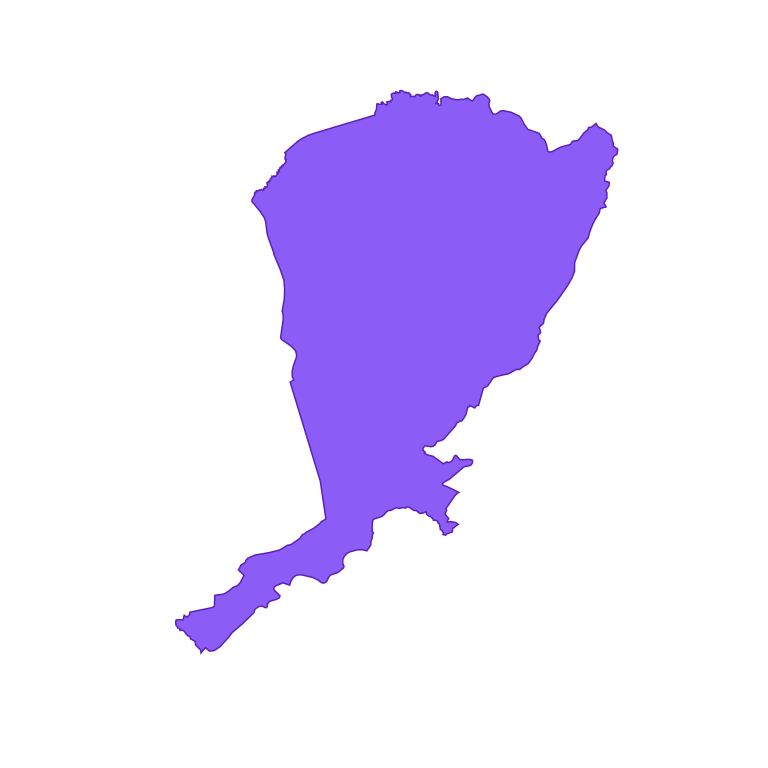 the district of Tron, Uttaradit, Thailand, rotated 284°
{"feature_id": "78962969B58085194309258", "entity_name": "Tron", "entity_type": "district", "adm_level": 2, "iso_a3": "THA", "parent_name": "Thailand", "parent_adm1": "Uttaradit", "projection": "robinson", "projection_center": [100.116, 17.469], "detail": "fine", "context": "isolated", "style": "filled", "palette": "violet", "viewbox_px": 768, "rotation_deg": 284, "n_neighbors": 0, "source": "geoboundaries", "source_scale": "gbopen_adm2", "svg_char_len": 6151}
<svg xmlns="http://www.w3.org/2000/svg" viewBox="0 0 768 768"><g transform="rotate(284 384 384)"><path d="M104.9,239.5L103.5,239.3L99.7,240.4L99.1,241.6L97.4,242.8L97.2,244.8L95.5,245.8L96.4,247.8L95.7,250.2L93.4,252.5L92.2,254.8L92.2,256.6L89.8,258.2L88.6,263.1L85.3,264.2L81.4,270.6L78.8,271.5L85.0,274.5L82.6,279.2L83.9,283.0L85.2,284.7L89.6,288.6L100.8,294.6L106.2,296.9L117.1,304.7L130.7,313.1L134.3,313.3L137.5,316.1L138.6,317.8L138.9,319.7L138.3,323.0L138.5,324.0L139.8,324.7L142.1,324.2L145.3,325.4L149.2,332.0L151.2,334.2L153.3,334.3L156.9,328.2L158.6,326.6L159.8,326.4L161.8,327.6L166.6,334.0L166.0,341.1L170.0,341.3L173.6,342.4L176.4,344.3L178.1,346.9L178.9,350.7L179.0,361.5L178.2,366.3L176.2,371.0L176.1,373.2L176.8,374.7L178.5,376.1L183.2,377.1L185.5,378.1L190.2,385.1L195.6,389.2L197.5,389.3L199.5,387.6L203.3,386.5L206.9,387.1L210.8,389.1L212.9,391.5L216.6,398.2L218.0,403.2L218.0,407.8L224.5,410.1L227.8,409.4L231.5,409.8L234.3,409.3L237.3,409.7L237.8,408.4L243.8,406.8L248.7,406.1L250.3,406.6L254.9,413.9L257.1,415.6L260.5,417.3L262.1,418.7L263.5,421.8L267.0,425.9L266.8,428.7L268.3,431.4L268.9,433.4L268.7,434.9L270.7,436.6L270.5,438.2L268.6,443.2L268.9,446.3L267.2,449.6L267.4,451.3L268.2,452.9L270.2,455.7L267.9,456.8L266.8,459.1L266.6,461.3L264.7,464.4L263.7,464.9L264.3,467.4L263.9,469.3L262.3,469.9L261.8,471.2L260.7,472.1L256.4,473.9L256.2,475.8L254.8,476.4L254.1,477.7L252.2,477.7L252.2,480.4L253.3,480.7L257.1,486.1L260.9,485.5L261.5,487.0L262.8,487.4L265.8,490.0L267.0,486.9L266.9,485.8L266.4,480.9L265.3,478.9L266.7,478.5L269.1,479.4L272.5,474.7L276.6,475.3L278.2,474.3L292.5,479.7L295.7,481.5L296.9,482.9L299.7,470.1L300.1,465.9L301.4,464.8L303.5,466.2L307.0,470.1L322.6,481.4L323.4,482.3L325.4,486.7L326.6,488.1L328.8,488.9L331.1,488.5L331.6,487.6L331.6,485.3L329.0,476.8L329.3,475.5L332.0,471.7L332.0,470.6L331.2,469.8L326.9,469.0L324.8,467.8L323.2,465.6L323.8,464.0L321.0,460.9L325.7,449.0L325.7,444.0L326.5,440.0L327.9,440.4L329.1,438.0L330.8,437.4L332.9,438.1L334.1,439.3L334.5,444.8L335.5,446.9L337.5,448.4L340.8,449.1L343.2,453.4L344.8,455.2L360.5,463.4L364.2,464.2L365.4,465.9L366.8,467.0L366.8,468.2L369.6,469.6L374.5,470.9L382.0,470.9L382.3,472.0L383.9,472.6L382.7,477.9L385.6,479.0L386.0,480.9L403.8,481.4L407.5,485.2L416.8,488.6L420.8,495.6L423.9,502.2L430.0,508.7L431.0,512.2L434.1,514.5L438.8,519.1L445.4,521.6L449.4,522.4L454.2,524.2L456.7,523.9L463.5,525.2L464.2,523.5L467.5,522.1L469.3,521.7L470.7,523.2L472.1,523.5L475.4,521.6L476.0,520.8L479.1,522.2L479.3,522.8L480.4,523.0L480.8,523.7L481.8,524.1L485.6,523.7L492.0,524.8L507.7,532.2L523.8,538.3L531.8,540.6L539.3,541.7L547.8,539.6L561.1,541.0L565.6,542.2L575.3,546.8L581.4,546.8L589.1,547.8L595.3,549.2L602.0,551.5L606.5,551.3L609.6,556.7L612.9,553.6L618.4,555.3L623.7,553.9L624.7,552.7L626.4,552.7L630.4,554.3L634.0,553.9L634.4,551.8L634.2,549.3L635.0,548.8L639.8,548.1L640.9,549.2L643.7,548.0L645.4,548.5L647.2,550.6L649.3,551.2L650.6,552.4L653.7,552.9L656.0,551.5L658.9,551.4L660.8,552.1L663.1,554.4L667.8,554.2L668.8,553.2L670.3,548.8L673.2,548.3L675.5,546.5L679.8,544.6L680.6,543.8L681.6,540.0L683.6,537.0L685.5,529.0L688.1,526.7L683.5,523.2L682.4,520.5L679.9,520.2L676.0,517.2L669.7,514.6L667.0,512.9L665.5,508.8L664.8,508.0L662.4,507.4L661.2,506.4L656.6,498.1L649.9,490.6L649.0,488.3L649.7,486.5L655.8,483.6L659.9,480.5L660.5,477.9L664.0,474.8L664.8,473.5L665.9,461.8L670.1,457.1L675.3,452.6L676.8,449.9L678.4,441.8L678.1,433.6L677.1,431.0L673.0,427.6L672.3,425.1L672.6,424.0L678.5,419.0L681.7,417.9L684.3,418.1L685.5,417.6L687.5,414.8L689.2,410.9L689.0,409.2L687.7,407.5L686.3,404.4L683.9,402.8L680.4,401.7L679.9,401.0L681.7,395.7L680.4,394.1L679.1,391.5L679.0,389.7L677.6,387.1L677.1,380.7L678.1,376.2L677.4,373.0L674.4,370.2L668.5,371.9L667.8,370.2L668.2,369.4L669.3,369.1L668.7,366.5L669.3,366.5L669.4,367.6L672.0,367.3L673.9,368.0L675.0,367.2L676.3,367.1L676.9,366.1L677.8,366.4L678.4,365.8L679.3,366.0L680.5,364.9L680.7,364.2L680.4,363.5L678.7,363.1L675.6,364.2L675.5,362.9L676.3,361.1L675.7,360.0L675.9,358.4L676.9,356.7L677.0,354.6L673.9,351.7L673.5,350.3L672.1,350.2L672.1,349.2L673.0,349.0L673.3,348.6L672.9,347.5L673.1,346.2L671.7,344.7L670.1,344.4L670.3,343.2L669.4,340.3L669.8,339.8L671.3,340.0L671.7,338.7L672.6,337.7L672.1,336.2L672.5,334.9L671.7,333.7L672.6,332.5L672.9,329.4L672.0,328.2L670.9,328.7L669.9,328.0L670.5,324.9L669.9,324.6L669.1,325.2L668.7,323.0L667.6,321.5L666.8,321.1L664.5,321.7L662.5,323.4L661.3,322.9L660.7,321.7L659.3,322.2L659.4,320.9L658.4,318.4L657.0,319.3L655.7,319.5L655.4,318.9L655.8,316.5L657.3,314.2L656.3,313.3L655.9,314.6L655.2,314.6L654.2,311.8L654.5,310.4L654.0,309.3L649.0,310.2L644.6,309.6L642.8,310.2L611.0,256.6L607.0,250.4L602.6,245.3L598.6,241.6L584.4,231.7L583.7,233.2L579.4,233.2L578.2,233.7L578.0,234.6L577.3,234.4L575.8,235.2L572.9,233.9L572.0,232.8L571.4,233.2L570.7,231.9L569.2,232.2L569.4,231.4L568.9,230.7L566.6,230.7L566.3,229.8L564.9,230.9L564.7,229.9L563.4,230.2L563.5,229.0L562.6,229.1L561.9,229.8L559.1,228.6L559.3,226.8L558.4,226.6L558.6,225.0L557.0,225.0L555.3,224.1L554.6,224.3L553.9,223.6L552.7,224.1L552.3,222.6L551.3,222.6L550.8,221.7L548.3,222.9L546.6,222.9L546.5,220.8L545.3,221.2L544.7,219.8L542.9,220.4L542.7,219.7L543.1,218.2L542.2,217.1L542.2,216.0L540.8,215.1L540.7,213.4L539.6,213.4L538.7,212.3L537.4,212.2L536.6,213.0L531.0,211.3L529.2,211.7L521.3,222.3L516.3,227.7L512.8,229.9L501.5,234.3L496.2,237.5L486.2,244.3L482.9,246.0L469.2,256.2L460.4,261.8L451.4,264.8L442.2,266.7L430.0,267.6L427.4,269.1L422.8,270.5L403.7,272.5L402.2,274.3L398.2,284.9L395.1,289.8L392.3,291.6L390.6,292.3L388.0,292.5L380.1,291.7L374.2,291.8L368.9,293.3L366.3,295.4L363.1,292.5L274.1,345.8L238.9,360.3L235.4,356.6L232.5,355.1L226.8,350.5L221.3,344.3L219.2,342.9L218.3,341.4L213.7,339.6L205.5,332.4L204.1,329.2L199.0,324.3L197.2,322.0L192.4,312.9L186.7,300.0L182.1,294.1L180.5,293.1L177.1,292.4L173.7,289.0L168.3,287.8L164.5,294.5L156.4,292.5L153.1,290.7L149.8,286.5L145.5,283.4L141.5,279.5L138.1,271.0L127.2,273.2L125.4,271.2L115.6,250.8L113.4,251.2L111.5,250.0L110.5,249.8L110.1,249.0L111.3,246.1L106.6,246.1L104.9,239.5Z" fill="#8b5cf6" stroke="#5b21b6" stroke-width="1.5"/></g></svg>